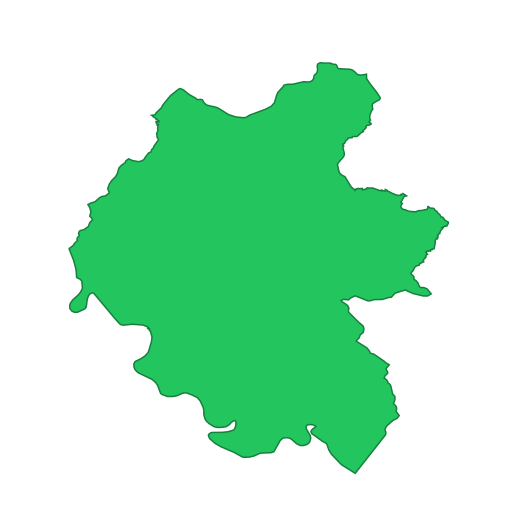 Roldanillo, Valle del Cauca, Colombia, rotated 98°
{"feature_id": "7082276B62857285064431", "entity_name": "Roldanillo", "entity_type": "district", "adm_level": 2, "iso_a3": "COL", "parent_name": "Colombia", "parent_adm1": "Valle del Cauca", "projection": "equal_earth", "projection_center": [-76.188, 4.442], "detail": "fine", "context": "isolated", "style": "filled", "palette": "green", "viewbox_px": 512, "rotation_deg": 98, "n_neighbors": 0, "source": "geoboundaries", "source_scale": "gbopen_adm2", "svg_char_len": 6035}
<svg xmlns="http://www.w3.org/2000/svg" viewBox="0 0 512 512"><g transform="rotate(98 256 256)"><path d="M302.3,430.6L303.5,426.9L305.0,425.0L312.1,423.4L316.2,424.7L319.3,426.6L325.0,431.4L328.6,433.2L330.7,433.6L334.0,433.0L336.4,430.4L337.0,427.7L336.5,424.8L332.2,418.2L330.7,417.2L329.1,417.0L322.8,417.1L319.2,416.5L316.7,415.3L315.1,412.7L315.9,411.0L336.7,388.0L342.0,381.8L342.7,380.5L343.0,377.9L340.8,368.9L340.1,358.4L341.2,353.6L341.7,352.9L342.3,353.3L342.5,352.6L343.0,352.8L343.2,352.2L342.7,352.1L342.9,351.3L344.7,351.2L345.2,350.0L350.8,347.7L355.2,347.6L364.9,349.0L366.9,349.6L370.4,352.0L373.8,355.8L377.3,361.0L379.9,362.0L383.1,361.3L385.2,360.1L387.1,357.9L388.3,355.6L392.7,341.7L395.0,338.1L397.7,335.5L405.2,331.4L406.1,330.2L407.5,324.1L406.7,318.8L405.4,314.9L402.3,309.8L401.4,307.4L401.3,305.6L402.4,300.4L404.3,294.5L407.3,291.1L412.6,287.6L415.9,286.2L420.6,285.5L424.3,283.9L426.2,282.3L428.4,279.4L430.8,273.9L431.1,271.4L430.9,268.1L429.3,262.0L426.7,258.9L424.1,257.2L422.5,255.4L421.9,254.1L422.1,253.3L423.8,252.6L427.7,252.5L431.3,253.6L433.9,259.2L435.4,265.2L436.7,274.3L437.4,276.3L439.3,278.1L440.5,278.1L443.2,276.6L447.3,270.3L449.9,263.8L453.6,250.2L456.9,241.6L457.0,239.6L456.0,234.4L454.3,230.1L451.2,225.2L450.4,223.3L448.7,213.8L447.4,211.1L435.3,206.3L432.7,204.1L432.1,202.5L431.5,198.8L431.9,196.9L432.8,194.8L436.2,189.8L437.5,185.8L437.1,182.6L435.5,179.2L433.2,177.1L428.9,176.4L426.3,177.3L419.9,182.3L417.6,182.6L416.5,182.0L415.8,180.7L415.3,178.2L415.3,176.2L415.9,173.6L416.6,173.0L420.0,176.3L421.3,176.9L422.3,177.1L424.1,176.1L430.3,164.3L431.6,160.8L432.5,159.6L437.9,156.9L441.7,153.8L449.5,144.0L451.1,141.7L457.4,127.5L415.0,102.8L412.6,102.8L409.8,104.3L406.1,102.9L399.7,97.4L397.0,93.6L394.1,92.0L390.4,95.6L387.7,95.5L385.6,96.1L383.0,99.3L379.1,98.4L375.7,98.9L373.6,101.5L365.7,104.5L364.3,105.7L363.1,107.8L362.0,108.1L360.4,109.5L359.0,112.1L356.8,111.6L353.6,109.2L352.3,109.6L350.1,111.4L349.2,111.4L345.2,108.9L343.7,112.5L342.4,114.4L336.8,125.6L336.4,129.1L334.4,130.4L331.7,133.2L326.5,144.7L325.6,144.7L322.6,142.4L319.7,141.9L316.8,139.2L313.8,138.9L311.3,139.6L310.1,140.6L307.4,145.0L298.8,156.4L297.2,156.9L294.7,156.7L292.8,158.0L291.7,159.3L289.2,164.5L288.2,165.6L286.8,163.4L286.5,158.1L284.7,156.8L282.1,153.1L281.7,151.9L284.9,138.8L284.4,136.5L282.8,133.0L281.4,124.7L278.8,119.3L278.0,116.2L273.5,113.2L268.7,103.1L269.4,102.1L271.3,95.2L272.3,84.8L271.7,80.5L269.1,77.2L264.7,82.1L263.9,85.4L264.3,88.6L263.8,89.5L261.8,91.1L260.0,91.9L258.0,94.3L257.1,96.3L254.5,96.8L252.0,100.0L251.1,100.1L248.5,98.3L245.4,97.4L244.0,96.3L243.1,95.1L242.5,93.2L240.6,92.5L238.4,89.1L237.2,89.7L235.6,89.1L234.9,88.3L233.8,88.2L233.4,87.5L231.7,87.9L230.6,86.5L230.3,87.1L229.6,87.0L228.6,88.4L228.2,88.3L226.9,86.4L227.3,85.7L226.7,85.1L226.9,83.9L225.5,84.0L225.2,82.5L224.4,82.4L224.3,81.0L224.0,80.6L217.0,80.3L215.8,80.8L213.9,79.8L213.8,79.0L213.0,79.2L212.7,78.4L211.3,79.0L210.8,78.4L210.0,78.9L208.9,78.3L208.1,77.1L207.2,77.4L206.4,76.8L205.2,76.7L202.9,75.1L202.2,75.8L201.8,74.5L201.0,74.6L200.6,73.5L200.0,73.2L200.1,71.9L199.6,71.1L196.6,70.0L195.7,70.3L194.2,73.9L191.6,76.4L191.6,78.2L189.3,79.8L188.4,81.7L186.9,82.8L185.7,85.2L184.5,86.1L184.0,87.2L184.3,88.9L184.1,90.6L183.0,92.2L183.4,92.8L184.1,92.5L185.8,92.8L188.0,98.7L188.4,101.3L190.1,104.1L190.4,110.9L189.3,115.2L189.6,116.5L187.7,119.2L186.3,119.6L183.5,118.4L182.8,120.0L176.4,117.6L175.5,115.3L173.7,119.1L174.2,119.2L174.8,121.0L175.5,120.7L176.1,122.9L176.1,125.5L174.5,131.5L173.8,132.9L173.4,135.3L172.8,135.2L172.1,137.2L173.7,137.3L173.8,140.5L173.2,140.5L173.2,141.0L173.9,141.1L173.9,142.9L172.4,150.2L173.0,153.3L172.9,155.0L173.8,156.2L174.4,156.0L175.6,159.7L174.3,160.1L175.1,163.7L174.8,163.9L176.0,166.9L176.9,167.1L177.7,166.2L174.3,171.4L165.1,178.9L163.9,182.4L161.8,185.2L154.0,188.1L152.1,187.4L145.3,183.0L143.8,182.7L142.2,182.8L135.9,185.2L135.1,184.4L133.2,185.7L132.3,184.1L129.0,182.9L127.7,181.5L126.7,181.5L125.7,178.9L125.5,177.3L124.7,177.3L124.2,176.5L123.6,172.7L122.4,171.4L121.7,171.3L121.2,170.3L119.9,169.8L117.9,167.0L117.1,167.5L114.1,165.1L113.1,164.8L112.5,165.3L111.8,164.8L110.8,163.4L110.7,162.0L109.4,160.4L108.7,160.5L107.5,162.7L105.5,161.5L104.3,162.4L100.9,162.9L96.6,161.9L94.4,160.8L91.7,161.7L89.7,161.9L89.0,161.7L87.3,159.8L84.0,155.5L82.7,154.9L81.6,155.3L76.7,159.6L70.2,166.4L65.1,171.1L60.6,171.9L62.2,176.9L62.3,180.0L61.9,181.2L59.7,184.0L58.3,186.8L58.0,188.7L59.0,200.3L58.5,201.2L55.7,202.9L55.2,203.9L55.3,206.7L54.6,209.2L55.6,216.4L55.6,218.8L56.1,220.1L57.2,221.5L58.1,221.8L59.9,221.8L62.3,221.0L65.3,221.0L67.1,221.8L68.9,223.5L72.2,223.7L74.3,224.5L75.8,226.5L76.5,228.8L76.8,233.1L80.9,243.9L81.6,248.8L83.0,252.2L84.0,252.4L90.9,257.1L94.8,258.1L101.6,259.1L105.8,261.9L109.5,267.3L117.4,281.9L120.2,285.3L120.8,287.8L121.1,295.2L119.8,302.8L114.8,314.0L114.2,316.7L113.5,325.2L112.9,326.7L111.3,329.0L108.8,330.8L108.6,332.9L109.4,335.8L108.1,337.8L105.2,345.1L101.7,350.8L100.8,353.8L100.8,354.8L101.7,356.0L109.2,363.1L119.1,369.1L122.5,370.4L128.3,374.9L130.2,375.5L131.2,378.9L132.0,377.2L131.9,377.9L132.2,377.6L134.2,373.4L134.7,373.7L135.8,370.8L136.8,370.9L136.9,373.7L138.9,372.9L139.6,371.0L140.2,371.6L140.2,371.2L143.8,371.1L145.2,370.6L149.1,371.5L150.5,370.7L152.1,370.6L153.5,369.2L154.6,368.8L161.6,372.4L163.3,372.7L165.3,374.2L167.5,374.4L168.8,376.6L173.0,379.1L176.1,380.4L177.7,382.5L178.7,384.6L178.9,386.3L178.7,391.6L177.5,395.6L179.7,398.0L181.9,398.7L185.0,402.0L188.0,404.0L193.8,404.8L197.3,406.3L201.2,409.3L205.1,411.2L209.7,412.2L211.7,411.4L213.4,410.0L214.3,410.5L217.4,413.4L218.5,416.9L220.1,419.1L224.7,423.0L226.6,427.0L228.4,429.6L231.3,427.3L235.3,425.6L239.7,426.2L241.4,424.0L243.0,423.0L245.8,425.2L250.2,426.2L253.9,430.1L255.3,433.6L256.2,434.4L258.2,434.9L260.5,433.8L262.2,435.1L263.8,435.7L265.5,435.0L268.7,437.5L271.2,438.6L274.5,442.0L275.1,442.0L285.7,436.0L294.6,432.3L302.3,430.6Z" fill="#22c55e" stroke="#15803d" stroke-width="1.5"/></g></svg>